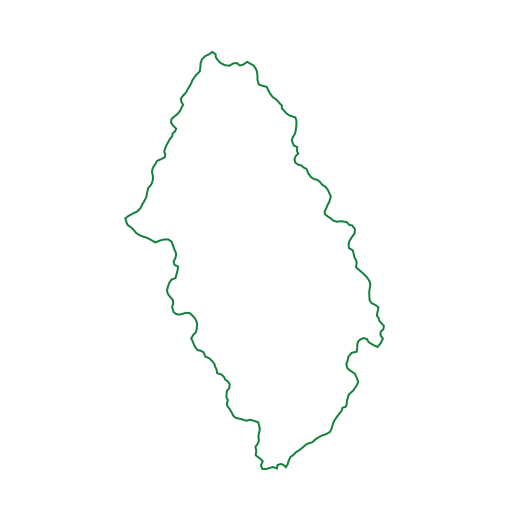 outline of Candeias, Minas Gerais, Brazil, rotated 63°
{"feature_id": "56859067B9818430918024", "entity_name": "Candeias", "entity_type": "district", "adm_level": 2, "iso_a3": "BRA", "parent_name": "Brazil", "parent_adm1": "Minas Gerais", "projection": "robinson", "projection_center": [-45.275, -20.749], "detail": "fine", "context": "isolated", "style": "outline", "palette": "green", "viewbox_px": 512, "rotation_deg": 63, "n_neighbors": 0, "source": "geoboundaries", "source_scale": "gbopen_adm2", "svg_char_len": 4073}
<svg xmlns="http://www.w3.org/2000/svg" viewBox="0 0 512 512"><g transform="rotate(63 256 256)"><path d="M277.0,155.7L272.4,156.5L270.6,158.8L267.2,159.7L264.0,163.7L262.0,168.7L259.1,171.3L256.2,172.5L253.0,174.3L249.9,175.6L247.4,174.6L245.6,172.0L243.2,169.3L241.2,166.3L239.0,164.2L236.9,162.3L233.6,162.1L229.5,162.0L226.1,162.6L222.5,164.7L218.2,165.6L215.6,167.2L213.5,169.6L210.6,171.2L206.1,171.9L201.2,171.5L199.0,173.3L196.0,174.4L193.6,177.1L190.7,178.6L187.3,177.8L184.8,175.0L184.0,171.9L181.1,171.9L177.6,169.8L175.0,172.0L172.1,172.0L169.0,171.5L166.8,169.2L165.1,166.3L162.9,164.1L159.3,161.6L156.4,159.9L153.6,158.5L150.4,158.0L148.2,160.2L145.7,162.6L142.7,164.1L139.5,164.9L136.3,166.0L133.7,164.6L130.6,165.7L128.0,166.1L125.4,167.1L121.9,169.0L117.7,169.7L113.8,169.8L110.1,169.7L107.6,172.7L104.4,175.7L100.0,174.8L95.7,172.7L91.6,171.3L88.9,171.2L85.3,171.6L81.8,174.0L79.0,175.7L79.7,180.4L78.9,183.9L75.4,185.5L74.1,188.8L74.4,193.3L71.7,197.3L67.8,200.0L64.0,201.1L60.6,201.6L58.0,200.4L54.3,202.3L55.0,206.4L54.8,210.4L56.2,214.9L59.3,218.0L63.1,220.2L66.0,222.4L67.3,226.5L68.9,229.9L70.6,233.0L72.8,235.4L74.4,237.8L76.3,241.0L78.6,244.2L80.0,248.3L81.7,251.6L85.2,252.5L88.2,252.3L90.0,254.9L92.3,257.9L93.8,261.3L94.6,265.2L95.5,269.0L98.3,271.1L102.2,270.7L106.3,269.3L108.2,271.6L108.9,274.6L111.4,276.5L112.6,279.6L114.4,282.2L116.8,285.7L119.0,288.2L121.4,290.5L124.1,290.6L126.6,292.5L126.6,296.7L126.4,301.1L128.7,304.5L130.8,308.2L134.0,310.6L137.5,311.4L140.9,313.0L143.7,315.5L145.4,318.1L146.4,321.1L149.8,324.0L153.6,326.9L156.3,330.5L158.4,334.0L161.0,337.3L162.4,341.6L162.3,346.8L162.4,351.4L163.2,355.4L166.5,356.0L170.0,356.3L173.8,354.3L177.4,353.1L181.2,352.3L185.3,349.7L187.9,347.4L190.0,345.1L192.2,343.5L194.7,341.8L198.2,339.5L198.7,334.2L199.6,330.4L201.3,326.7L204.8,324.8L208.4,325.1L211.6,325.6L215.8,325.8L218.3,326.4L221.1,328.6L223.5,331.9L226.8,332.7L230.1,330.2L233.5,332.7L236.0,334.9L239.1,337.8L238.7,342.1L240.6,345.4L243.6,348.7L246.8,351.2L249.9,351.7L253.4,351.1L257.6,350.1L260.5,351.2L263.2,353.8L265.8,354.4L268.4,354.9L271.2,353.7L273.3,351.2L274.2,348.3L274.6,344.7L276.7,341.1L279.6,339.9L283.8,338.7L287.5,338.7L290.3,339.5L293.9,341.8L296.8,344.3L297.6,347.4L300.0,351.1L303.6,351.2L306.5,351.5L310.3,351.4L313.4,350.9L315.2,348.3L318.3,346.3L322.5,346.9L325.6,344.3L330.1,342.6L333.8,342.1L336.5,342.7L339.1,342.6L342.8,343.8L345.7,340.8L348.9,339.5L352.1,339.5L355.0,338.1L358.3,337.6L361.7,339.9L363.0,343.2L365.8,345.0L368.7,346.6L371.6,346.4L373.5,348.4L376.2,349.7L380.5,349.0L385.0,348.7L387.9,348.8L391.0,347.6L394.5,343.4L398.3,339.5L399.2,335.7L401.7,332.9L405.1,329.5L409.0,330.3L412.3,331.4L415.4,333.9L417.5,335.7L420.1,336.5L423.0,338.1L424.5,340.6L425.8,343.2L429.5,344.1L433.4,346.7L436.2,345.4L438.7,344.2L442.0,343.2L444.8,346.7L448.7,346.9L450.5,343.5L450.9,340.5L451.8,336.5L454.8,333.9L452.0,331.7L452.6,328.3L454.5,326.4L457.7,325.3L456.2,322.6L453.1,319.7L450.7,316.6L450.2,312.8L449.0,309.6L448.7,305.9L448.0,302.3L447.1,298.6L446.6,295.5L447.5,290.4L446.2,285.6L445.9,281.6L445.9,278.3L446.6,273.8L446.2,269.6L444.0,267.0L442.0,265.0L439.8,263.0L437.8,260.2L435.9,256.7L434.3,253.2L432.8,250.1L430.5,247.9L431.1,244.5L429.3,242.4L426.3,240.7L424.2,238.7L421.6,236.4L420.0,230.6L418.1,226.9L416.7,224.5L414.5,222.1L410.0,221.5L405.9,221.3L403.1,222.8L400.9,224.2L397.6,225.5L393.4,224.7L390.8,221.8L387.5,219.2L385.7,214.7L387.0,209.8L383.5,207.3L380.3,205.6L378.3,203.3L377.7,200.4L378.0,197.3L380.3,194.9L383.7,194.8L386.5,193.2L389.2,191.5L392.2,189.0L390.3,184.5L387.2,180.5L383.1,181.0L380.2,179.4L379.0,175.7L376.4,173.8L373.2,174.6L369.7,175.6L366.8,174.9L364.3,175.4L361.8,173.8L359.5,171.9L357.2,170.3L354.1,171.7L350.6,174.3L347.2,174.9L344.2,173.7L339.7,171.6L336.9,169.7L333.6,167.2L330.8,166.4L327.2,166.5L324.0,167.2L320.9,168.2L317.1,169.7L313.7,171.1L311.1,171.9L308.6,169.8L305.4,168.7L302.7,169.0L299.3,168.2L295.0,167.2L291.3,169.5L287.9,168.4L285.2,166.1L282.9,162.4L280.7,158.0L277.0,155.7Z" fill="none" stroke="#15803d" stroke-width="2"/></g></svg>